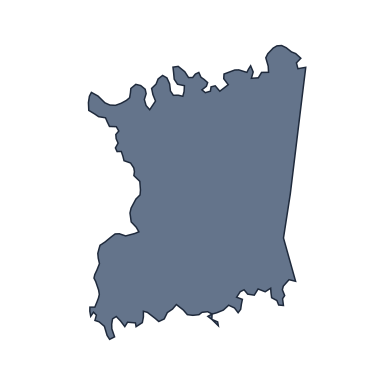 Nova Fátima, Paraná, Brazil (Albers equal-area conic projection), rotated 277°
{"feature_id": "56859067B92466374194931", "entity_name": "Nova Fátima", "entity_type": "district", "adm_level": 2, "iso_a3": "BRA", "parent_name": "Brazil", "parent_adm1": "Paraná", "projection": "albers", "projection_center": [-50.54, -23.41], "detail": "fine", "context": "isolated", "style": "filled", "palette": "slate", "viewbox_px": 384, "rotation_deg": 277, "n_neighbors": 0, "source": "geoboundaries", "source_scale": "gbopen_adm2", "svg_char_len": 2540}
<svg xmlns="http://www.w3.org/2000/svg" viewBox="0 0 384 384"><g transform="rotate(277 192 192)"><path d="M329.6,289.7L327.3,282.1L332.9,279.9L338.0,283.7L342.0,278.1L343.2,273.6L346.7,267.9L348.3,263.1L347.4,258.5L344.7,255.0L338.5,250.4L334.2,248.9L326.2,252.3L320.1,253.4L319.2,246.5L313.4,243.9L312.1,237.1L318.6,238.1L324.4,234.8L320.8,233.1L317.4,231.9L318.9,223.6L318.3,219.6L313.0,209.4L308.3,209.7L302.9,214.9L295.4,207.3L300.2,202.1L298.7,198.1L294.3,198.0L292.2,193.1L294.6,189.4L298.7,193.4L302.5,194.2L305.2,190.3L307.0,186.9L311.5,184.2L309.5,181.0L305.7,178.7L305.2,174.6L310.5,170.2L315.0,163.0L313.6,157.9L308.2,159.2L301.8,160.6L297.2,164.5L296.6,171.5L290.7,171.9L285.9,171.2L286.4,166.5L285.7,161.7L289.6,158.3L296.6,156.6L302.2,153.2L304.1,148.6L300.1,144.6L294.7,143.2L289.9,139.3L284.0,141.3L277.8,144.7L268.5,140.0L272.2,135.9L278.0,133.4L284.0,134.5L288.3,133.0L291.4,128.1L292.0,123.1L287.3,118.7L282.7,118.8L278.0,118.6L274.9,115.7L271.4,110.8L268.7,105.5L268.3,99.9L269.9,94.7L275.8,87.0L278.6,80.0L274.5,78.5L268.1,78.3L260.4,79.6L257.6,85.9L255.4,90.1L255.1,97.1L251.2,99.4L247.0,102.1L247.6,108.9L243.6,111.9L239.8,109.4L235.7,110.2L231.5,112.7L226.4,110.6L223.0,112.7L223.6,116.9L219.0,119.1L214.8,120.7L213.3,127.5L208.8,131.3L205.1,132.4L201.2,132.3L196.2,138.9L187.7,140.6L182.8,140.8L178.2,137.2L168.6,133.5L163.6,133.0L154.9,135.3L150.2,141.0L146.0,144.1L143.9,140.4L140.3,131.5L141.7,125.0L141.0,120.8L137.1,116.8L131.8,111.8L127.9,107.2L124.2,106.6L119.6,106.0L114.9,107.0L109.6,108.9L102.8,107.1L98.3,105.6L94.6,105.2L91.3,107.4L83.2,111.3L79.1,112.5L75.4,112.1L71.0,111.0L65.9,109.6L65.3,104.7L61.3,105.1L56.3,106.6L60.7,108.9L58.1,112.1L52.7,111.3L51.8,115.7L48.0,121.4L39.3,125.2L35.7,128.2L38.8,132.8L46.4,129.1L51.0,128.4L56.4,128.6L59.2,132.0L55.3,136.8L50.2,141.7L54.9,143.9L55.2,151.8L51.5,152.9L56.3,158.6L62.1,159.0L67.7,158.3L67.1,162.4L62.1,170.8L59.4,174.8L62.6,179.9L69.3,182.2L73.4,186.9L78.4,190.2L73.8,197.8L69.7,202.3L69.7,207.9L71.1,213.9L73.8,216.6L75.1,222.1L73.3,226.8L75.1,231.2L78.6,237.5L84.1,242.2L82.1,248.3L77.8,252.5L81.5,254.6L86.8,254.7L91.6,255.1L93.0,249.1L98.9,252.0L101.3,255.6L97.4,259.7L97.2,266.4L103.8,269.4L101.9,276.8L106.1,281.8L101.5,282.7L96.8,283.9L94.6,289.5L90.4,291.8L90.5,296.6L97.1,294.9L100.5,296.6L106.0,293.6L109.7,294.1L116.8,299.0L116.0,305.7L157.5,288.4L202.0,289.8L296.5,289.7L329.6,289.7ZM73.3,226.8L70.5,222.9L68.0,227.2L73.3,226.8ZM68.0,227.2L62.5,234.4L66.2,233.3L68.0,227.2Z" fill="#64748b" stroke="#1e293b" stroke-width="1.5"/></g></svg>